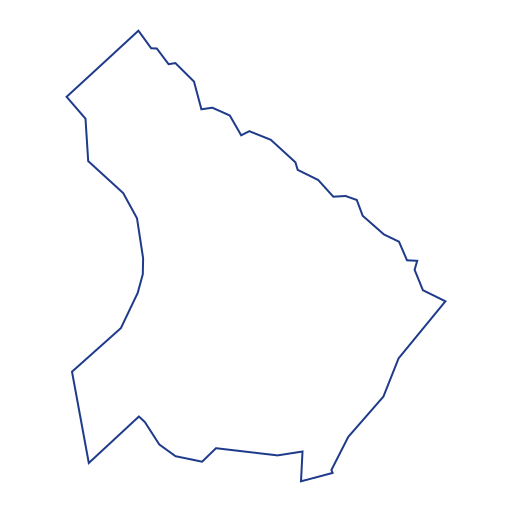 the district of Greenwood, South Carolina, United States of America
{"feature_id": "52423323B39271330460485", "entity_name": "Greenwood", "entity_type": "district", "adm_level": 2, "iso_a3": "USA", "parent_name": "United States of America", "parent_adm1": "South Carolina", "projection": "orthographic", "projection_center": [-82.114, 34.181], "detail": "fine", "context": "isolated", "style": "outline", "palette": "blue", "viewbox_px": 512, "rotation_deg": 0, "n_neighbors": 0, "source": "geoboundaries", "source_scale": "gbopen_adm2", "svg_char_len": 750}
<svg xmlns="http://www.w3.org/2000/svg" viewBox="0 0 512 512"><path d="M445.4,301.3L422.9,290.2L414.6,269.8L417.2,260.8L407.0,260.3L399.0,241.7L384.0,234.5L362.7,215.8L356.8,200.0L345.6,196.0L333.3,196.7L318.2,180.0L297.7,169.9L295.4,162.3L270.8,139.8L249.3,131.2L241.2,135.3L229.8,115.5L212.3,107.7L201.4,109.3L194.0,81.6L175.4,63.1L168.6,64.2L156.8,48.5L151.2,48.3L138.4,30.7L103.8,62.6L66.6,96.8L85.5,118.7L88.2,161.1L123.2,193.1L137.0,218.3L143.1,258.2L142.8,274.2L137.7,292.9L120.9,328.1L72.0,371.7L88.8,463.0L138.9,416.5L144.9,422.1L159.3,444.5L175.5,456.2L202.1,461.7L216.0,448.2L277.5,455.4L302.5,451.5L301.0,481.3L332.6,472.9L331.4,470.0L348.3,436.8L383.4,396.6L398.6,358.3L445.4,301.3Z" fill="none" stroke="#1e3a8a" stroke-width="2"/></svg>